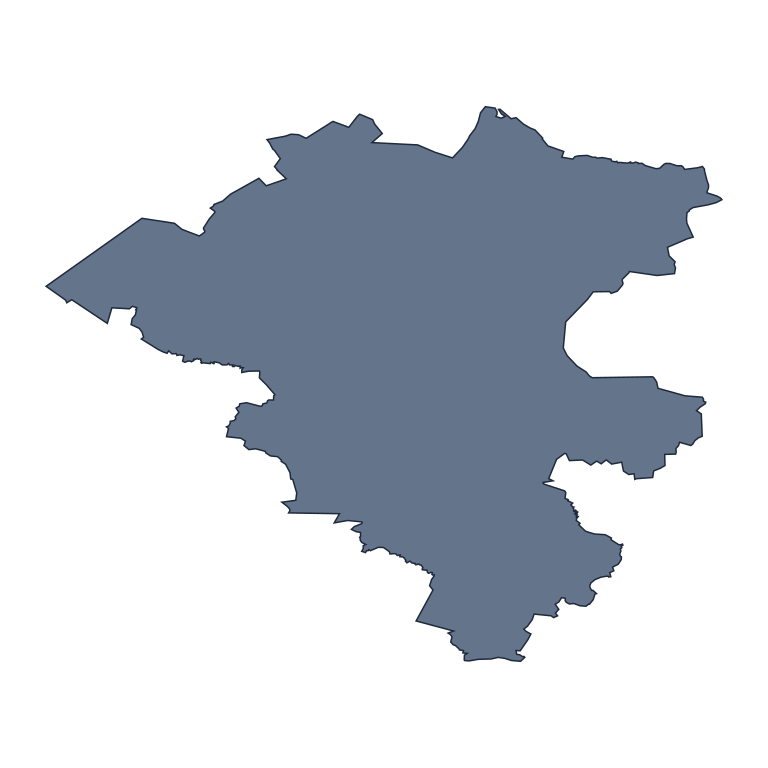 Ēdoles pag., Kuldigas, Latvia
{"feature_id": "27541924B33220352308634", "entity_name": "Ēdoles pag.", "entity_type": "district", "adm_level": 2, "iso_a3": "LVA", "parent_name": "Latvia", "parent_adm1": "Kuldigas", "projection": "natural_earth1", "projection_center": [21.68, 57.04], "detail": "fine", "context": "isolated", "style": "filled", "palette": "slate", "viewbox_px": 768, "rotation_deg": 0, "n_neighbors": 0, "source": "geoboundaries", "source_scale": "gbopen_adm2", "svg_char_len": 6116}
<svg xmlns="http://www.w3.org/2000/svg" viewBox="0 0 768 768"><path d="M464.8,660.6L469.2,660.9L478.4,659.3L491.0,659.0L498.1,657.4L504.5,658.3L511.4,660.5L520.6,661.3L524.8,657.3L524.1,656.5L522.3,656.5L519.8,654.8L516.7,654.3L516.0,650.5L520.2,650.8L527.8,639.8L530.9,634.0L526.1,631.4L523.8,629.0L527.4,626.3L532.2,619.7L534.1,614.1L551.1,615.8L553.6,617.6L557.6,615.8L555.4,613.1L558.8,609.4L555.2,604.2L558.8,602.0L561.6,597.7L565.2,598.2L565.2,600.7L566.3,602.3L569.5,604.0L573.7,603.5L580.1,605.8L586.0,606.2L588.9,604.0L589.5,604.2L593.2,599.7L594.9,594.2L596.5,593.6L592.9,590.3L591.9,590.5L590.3,588.3L589.7,585.8L590.9,583.0L594.8,579.7L600.8,577.2L606.5,576.2L608.3,576.4L608.7,577.0L610.8,576.7L609.7,572.7L613.8,570.8L612.6,567.1L618.3,564.2L621.3,559.5L621.4,556.8L620.3,556.0L619.7,554.2L620.9,551.0L620.4,549.0L621.8,547.7L621.2,546.2L622.9,545.2L622.5,544.1L620.1,544.8L618.4,544.5L611.0,539.7L611.4,538.0L605.2,534.7L594.5,534.0L585.6,531.3L578.8,524.8L580.0,523.3L576.2,520.4L576.7,518.3L577.6,517.3L576.4,517.3L576.4,516.7L577.8,516.3L575.7,514.8L576.6,514.5L575.3,513.9L577.0,513.4L577.6,512.3L575.4,512.2L575.6,511.2L576.7,511.3L575.6,510.2L574.2,511.4L573.6,510.9L573.9,509.2L573.0,508.0L573.9,507.1L572.8,506.9L570.9,505.1L572.7,503.1L567.7,500.7L568.3,499.9L568.0,499.5L565.0,498.5L565.8,492.6L564.7,490.9L543.9,484.1L543.3,482.8L542.3,482.6L553.0,480.8L548.7,478.6L556.6,459.3L564.7,453.4L566.2,453.7L569.4,460.6L582.6,460.0L590.8,465.1L596.7,461.1L601.2,463.8L606.2,459.9L611.7,464.1L621.7,462.2L623.5,471.1L628.8,474.5L634.1,473.8L634.8,479.4L636.4,478.7L652.7,477.5L653.7,470.9L660.1,468.4L665.0,465.5L664.7,454.4L675.6,454.1L676.2,452.2L675.9,448.5L678.5,445.7L679.5,442.3L690.9,445.5L692.7,444.1L694.9,440.6L698.3,437.9L702.2,436.3L701.3,413.9L696.5,410.6L700.3,407.0L705.1,403.9L705.8,402.2L703.5,401.2L703.5,399.2L702.4,397.2L684.9,395.8L658.0,388.3L656.7,382.1L654.0,377.9L652.7,376.8L592.2,377.7L589.2,375.8L586.2,372.0L577.0,366.1L567.1,355.6L563.3,348.0L565.7,321.9L587.6,299.3L593.2,291.8L609.6,291.6L611.1,293.4L617.3,291.2L622.5,284.9L623.0,283.4L622.1,280.0L622.5,279.1L628.8,272.9L629.4,271.5L657.1,275.5L674.5,273.6L675.5,267.8L674.2,264.7L675.1,261.8L669.1,255.8L667.5,247.3L687.3,238.8L693.2,237.1L686.9,223.2L686.5,219.0L687.0,212.5L689.2,211.1L689.5,209.8L693.0,207.6L708.6,204.7L716.3,202.6L721.9,199.7L720.8,198.2L717.1,196.1L707.0,192.8L707.2,191.1L708.4,188.2L708.6,185.2L706.8,179.8L704.5,170.8L704.5,169.2L702.5,166.5L697.3,167.8L684.7,169.4L682.9,166.8L681.4,165.7L677.1,165.8L670.0,163.5L665.8,163.4L664.1,164.2L659.6,168.3L656.0,168.7L645.3,165.6L642.1,163.3L638.5,163.5L638.3,162.9L635.5,162.1L633.4,163.0L630.4,162.9L630.5,162.0L627.5,163.1L619.4,162.4L617.8,162.8L616.8,161.3L615.3,161.8L612.1,161.2L611.3,160.7L611.1,159.2L602.2,157.6L597.2,158.1L595.6,157.2L592.7,157.2L587.1,155.4L578.0,155.9L574.7,156.8L572.9,159.1L561.8,157.2L563.8,151.5L547.9,145.9L542.2,138.9L542.7,138.1L535.0,129.9L530.3,128.1L523.6,124.2L516.1,117.7L511.1,118.7L500.0,109.3L498.5,109.4L501.5,114.0L505.2,116.4L501.2,118.2L495.9,116.5L497.0,114.4L497.1,111.8L495.1,108.1L485.3,106.7L480.5,112.8L478.3,121.4L475.1,128.7L469.7,135.7L467.9,139.4L462.4,147.4L452.5,157.9L434.8,152.2L417.7,144.9L372.0,142.6L382.3,133.5L374.8,124.3L372.6,119.6L359.6,114.2L357.4,116.3L348.8,127.3L332.9,121.4L306.1,138.3L298.6,134.7L291.1,134.2L285.2,136.2L267.0,139.6L269.8,143.3L272.7,149.0L274.6,150.6L280.3,158.6L274.5,166.6L277.4,169.9L277.1,170.1L286.3,178.8L266.2,185.8L258.9,178.3L230.5,194.2L222.8,201.0L213.9,204.5L214.0,205.1L213.1,206.3L210.3,208.1L214.8,211.4L214.8,212.5L209.2,219.1L203.5,228.0L203.7,229.5L204.8,230.8L204.6,232.2L199.3,236.0L182.0,229.4L174.5,223.3L141.9,218.3L46.1,286.3L65.6,300.1L66.8,302.8L71.7,299.7L107.3,323.4L111.9,307.8L129.4,308.8L132.4,306.3L136.8,307.7L135.8,309.7L136.5,309.7L135.4,314.8L132.2,318.7L131.1,324.6L139.3,328.4L142.0,332.1L143.6,337.3L141.3,339.0L158.2,349.5L163.3,352.0L167.1,353.3L168.7,350.8L172.0,353.9L176.2,353.6L176.9,355.4L179.9,354.8L183.9,355.7L182.6,361.2L184.8,362.3L188.1,361.1L190.5,361.1L191.4,361.8L193.9,360.5L193.5,359.7L194.0,359.0L195.7,359.4L197.1,358.4L198.5,359.3L200.2,358.8L200.8,359.0L201.1,360.0L200.7,360.5L201.6,361.7L200.9,362.6L201.7,363.3L203.0,362.8L210.3,363.6L210.7,362.2L213.9,363.7L214.2,363.2L213.6,362.1L214.2,361.8L219.2,362.8L222.2,364.9L226.9,364.9L228.7,363.4L229.5,364.9L233.2,365.0L232.4,366.2L232.9,366.6L234.4,366.5L235.2,365.5L238.5,366.4L240.1,366.0L240.1,368.2L241.6,367.5L243.2,367.7L241.8,369.7L241.8,372.5L248.6,371.2L259.4,371.0L259.8,372.5L259.4,377.9L266.1,384.5L274.9,394.7L273.7,395.8L273.5,400.0L268.6,400.0L267.5,400.9L266.9,402.9L262.8,403.9L262.2,405.8L260.3,406.3L246.6,402.7L239.8,403.8L239.2,406.2L236.1,408.1L238.9,412.3L235.2,416.8L235.9,418.8L234.0,420.6L230.2,421.3L230.3,423.0L228.8,425.8L226.5,426.8L228.5,428.5L226.5,436.7L240.7,438.2L245.4,441.1L244.0,445.6L248.9,449.6L255.7,448.8L265.2,451.3L265.8,452.9L270.4,455.9L277.7,456.7L281.4,460.1L281.2,461.4L285.6,464.2L290.0,472.7L290.7,478.9L292.8,479.6L296.7,492.9L295.8,500.3L281.9,502.2L287.3,506.4L289.8,509.3L289.7,511.1L288.6,512.9L339.5,513.7L334.2,522.9L347.7,520.5L361.8,521.9L362.2,522.7L361.5,523.7L354.3,526.6L351.4,529.4L356.2,531.7L360.5,532.4L360.6,536.4L359.6,537.3L360.3,538.9L360.2,540.2L361.8,542.5L365.8,544.5L363.2,545.8L363.2,548.9L361.7,551.3L365.5,552.6L366.6,550.7L368.1,550.7L368.7,549.6L370.4,550.7L378.3,547.3L383.5,547.5L389.3,551.6L390.0,554.0L394.5,553.6L396.3,554.2L397.3,555.5L400.2,554.9L399.8,556.7L402.7,556.9L404.1,558.0L405.9,560.3L405.4,561.1L406.9,562.8L410.0,561.1L411.7,562.9L415.2,563.5L415.0,564.0L415.9,564.8L418.9,564.0L419.5,564.8L421.3,565.2L422.9,567.8L422.1,569.2L422.4,569.8L427.1,570.3L427.4,572.3L428.5,573.3L431.0,572.4L432.4,572.7L431.9,574.4L433.0,575.1L434.2,574.8L433.9,576.3L431.6,579.5L429.6,585.7L433.0,590.0L416.1,621.0L453.6,631.0L448.1,633.1L450.5,634.6L452.0,636.9L450.7,642.0L453.2,644.8L455.4,645.5L459.4,649.2L459.4,649.9L463.5,650.6L462.8,652.9L467.2,653.4L464.4,655.2L464.2,660.0L464.8,660.6Z" fill="#64748b" stroke="#1e293b" stroke-width="1.5"/></svg>